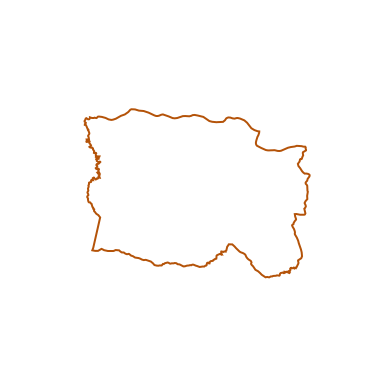 the district of Marara, Tete, Mozambique, rotated 314°
{"feature_id": "85939544B55684561557182", "entity_name": "Marara", "entity_type": "district", "adm_level": 2, "iso_a3": "MOZ", "parent_name": "Mozambique", "parent_adm1": "Tete", "projection": "equal_earth", "projection_center": [33.163, -16.054], "detail": "fine", "context": "isolated", "style": "outline", "palette": "amber", "viewbox_px": 384, "rotation_deg": 314, "n_neighbors": 0, "source": "geoboundaries", "source_scale": "gbopen_adm2", "svg_char_len": 6048}
<svg xmlns="http://www.w3.org/2000/svg" viewBox="0 0 384 384"><g transform="rotate(314 192 192)"><path d="M80.8,160.8L82.3,163.1L84.4,165.3L88.2,166.4L88.6,167.4L89.1,169.2L91.2,172.6L94.4,175.9L95.2,176.6L97.2,177.4L99.4,180.1L99.4,181.6L99.7,183.4L101.1,184.9L101.3,186.6L101.8,188.0L102.6,188.9L103.4,189.3L103.7,189.7L103.8,190.8L103.9,191.1L103.9,192.3L104.8,194.1L105.3,196.6L107.4,199.5L108.1,201.1L108.6,202.9L109.5,204.6L111.0,205.8L111.3,206.3L113.4,210.7L113.6,213.5L113.4,215.2L113.4,215.8L114.7,218.0L115.7,219.1L116.5,219.6L118.1,221.2L120.1,221.1L120.6,221.8L122.0,222.0L124.3,223.4L124.8,224.3L125.1,225.7L125.5,226.3L126.5,226.9L128.0,228.4L128.8,228.8L129.7,229.9L130.0,230.6L130.0,231.7L131.3,233.4L132.5,237.5L133.0,237.8L133.4,238.4L135.5,239.5L137.1,240.9L138.1,241.4L138.7,242.3L139.7,242.6L140.4,243.1L140.8,243.7L141.7,246.0L142.2,246.9L143.4,249.6L146.0,251.6L146.9,252.6L148.4,252.8L148.9,253.3L149.6,253.3L151.2,252.2L151.9,252.3L152.5,252.8L152.4,253.8L152.8,254.2L153.9,253.5L154.6,253.4L155.4,253.6L156.9,254.8L158.2,254.6L159.0,255.1L159.9,255.1L160.9,255.8L161.5,255.4L163.1,254.0L163.9,253.9L166.7,255.0L167.2,255.6L167.3,256.4L167.6,256.3L167.9,256.8L168.4,255.5L169.1,254.6L169.6,254.4L169.8,254.6L170.6,256.2L171.4,256.4L172.5,257.6L172.9,257.1L173.8,257.3L177.2,255.3L178.5,255.2L179.9,254.8L182.3,257.4L182.4,260.4L182.2,262.8L182.2,267.7L182.6,269.2L183.4,270.9L183.9,272.8L183.9,274.0L183.0,276.3L182.7,278.2L182.8,279.8L183.2,281.7L183.2,282.5L182.7,283.7L181.6,284.2L181.2,284.7L181.0,285.8L181.0,287.5L180.1,291.7L180.9,294.6L181.0,297.3L180.9,299.6L181.7,304.1L183.1,305.1L184.2,306.8L186.1,307.4L186.9,308.3L188.0,308.7L190.1,310.6L190.9,310.9L191.5,311.5L192.4,312.9L192.9,313.0L194.4,312.1L195.3,312.1L197.3,313.4L197.2,314.0L197.4,314.4L197.9,314.5L198.2,314.9L198.4,314.9L199.0,314.1L200.0,315.6L200.6,315.6L200.8,315.8L200.8,317.0L201.3,318.3L201.6,318.3L202.0,317.8L202.4,317.9L202.7,316.7L203.9,317.1L204.5,316.7L204.9,316.0L205.2,315.9L205.8,316.2L206.1,315.9L206.5,316.2L206.7,316.9L207.4,317.7L208.0,317.6L208.3,317.7L208.5,318.2L208.4,318.9L208.9,318.9L209.3,319.5L209.7,319.1L210.3,319.5L214.4,318.2L215.1,317.7L216.2,316.0L216.6,315.8L220.2,316.6L222.2,315.8L224.7,312.9L226.3,310.4L229.4,304.3L230.7,302.2L232.0,299.1L233.0,295.5L233.4,294.9L234.1,294.5L235.1,293.3L236.2,291.1L236.9,288.5L237.5,287.2L238.0,287.0L239.4,287.3L240.2,286.7L242.1,286.2L244.4,286.0L244.8,285.7L246.0,283.3L247.5,281.3L248.7,282.4L250.7,285.5L253.6,288.5L254.3,288.8L255.4,288.4L258.0,284.4L259.2,284.4L260.7,283.9L261.4,282.9L262.2,280.8L262.6,280.5L264.5,280.0L267.0,279.9L269.2,277.5L272.7,275.1L273.0,274.3L276.5,270.6L276.9,269.4L276.9,268.2L277.4,267.4L278.1,267.1L280.2,267.0L281.7,266.1L284.6,265.7L285.3,265.4L285.9,264.8L286.0,264.2L285.6,262.8L284.5,261.2L283.5,260.3L283.3,258.6L283.4,256.8L284.3,253.1L284.6,250.6L285.8,248.6L288.7,248.2L290.4,247.1L291.2,247.2L291.7,247.9L292.2,247.9L294.0,247.0L295.6,246.5L297.0,244.6L297.7,244.2L301.1,245.1L301.5,244.8L302.3,243.4L303.1,242.8L303.2,241.9L302.0,240.6L301.1,239.0L298.0,235.3L296.1,234.3L292.9,231.8L290.5,230.3L283.5,227.4L282.1,226.3L281.0,225.0L279.5,222.4L274.8,217.9L273.5,216.0L271.8,211.3L270.4,206.6L270.6,205.5L271.1,204.5L272.1,203.5L273.9,202.4L277.1,200.8L278.9,200.3L281.2,199.2L282.3,198.3L281.3,197.0L279.9,193.9L279.1,190.4L280.1,183.5L279.9,179.9L278.2,175.5L277.0,173.5L276.0,172.6L274.4,171.7L273.2,170.1L272.1,167.8L270.8,166.3L269.5,165.7L268.6,165.5L266.5,165.9L264.0,165.6L259.1,161.0L256.5,157.7L255.1,155.2L253.9,148.0L251.0,143.0L249.3,140.4L247.8,139.1L246.2,138.5L244.6,137.5L241.9,134.3L240.2,132.7L235.0,130.0L233.0,128.4L231.7,126.7L230.2,122.8L227.6,117.2L226.2,116.2L224.0,115.3L222.8,114.5L221.7,113.3L221.0,111.8L218.9,105.6L216.7,101.0L213.7,97.3L211.8,93.6L209.4,90.9L208.3,90.5L205.2,90.6L201.1,89.8L197.5,88.0L191.8,86.3L189.1,84.9L187.8,83.9L186.3,81.6L185.2,78.3L183.4,75.0L181.6,72.6L180.8,72.0L179.1,72.0L178.7,71.8L177.7,70.2L177.1,70.0L175.7,68.6L174.8,66.7L174.2,67.3L173.5,67.5L173.0,67.5L172.5,67.2L172.1,66.7L171.7,64.7L171.0,64.5L170.1,65.0L168.4,65.4L168.0,65.9L168.0,67.6L167.4,67.9L166.5,67.7L166.1,68.0L165.9,68.2L166.6,68.7L165.9,70.7L165.0,72.7L164.9,73.8L164.8,74.1L164.3,74.0L164.2,74.2L164.1,75.1L163.0,77.3L162.2,77.8L160.3,78.2L160.0,78.5L159.7,79.5L158.1,81.6L157.7,81.7L157.7,81.0L157.1,80.1L156.7,79.8L156.5,80.5L155.9,80.5L154.8,81.1L154.8,81.4L155.1,81.7L156.1,81.4L156.2,82.5L157.3,82.9L157.3,83.2L156.4,83.6L155.9,84.2L155.6,86.4L155.2,87.2L153.2,86.9L153.2,87.6L154.0,89.0L154.6,89.5L154.6,90.0L154.5,90.6L153.9,91.1L153.7,91.6L153.7,92.4L153.4,93.2L152.0,94.3L152.1,94.6L153.3,95.5L153.4,95.8L153.3,96.2L152.5,96.4L151.5,97.4L151.6,98.4L150.7,98.3L150.4,98.5L150.5,98.9L150.8,99.2L151.5,99.1L151.9,99.2L153.3,100.7L152.8,100.9L151.7,100.3L151.4,100.8L151.2,101.7L151.0,101.8L149.3,100.2L148.9,100.4L148.9,101.2L148.2,102.0L148.4,102.9L148.4,103.8L148.7,104.2L149.7,104.5L150.0,105.0L149.9,105.2L147.7,105.2L147.1,105.0L146.2,104.2L145.4,104.2L144.9,104.6L144.9,105.7L144.7,106.0L143.9,106.3L142.3,106.2L142.1,106.8L142.8,108.9L143.0,108.9L143.2,108.4L143.5,108.3L143.8,108.5L143.8,109.0L143.6,109.4L142.5,109.7L141.9,110.6L140.5,110.4L140.6,110.8L141.4,111.9L141.3,112.2L140.6,111.6L140.0,111.6L140.2,113.7L139.2,113.9L138.6,113.8L138.4,113.9L138.7,114.7L138.2,115.7L137.6,114.9L137.2,114.7L136.6,114.9L136.1,114.3L135.4,114.5L135.1,114.1L134.2,114.1L133.9,112.7L134.3,111.7L134.1,111.3L133.1,111.0L132.0,111.8L131.7,112.6L131.4,112.3L131.2,111.5L130.8,111.3L130.2,111.4L129.6,112.2L129.0,112.4L127.5,111.5L127.1,111.5L125.6,112.8L124.8,112.9L124.0,114.0L122.2,114.8L120.9,116.5L119.2,117.0L118.8,117.5L118.3,118.9L117.8,119.6L116.2,119.7L115.6,120.1L115.0,121.9L114.3,122.4L113.1,124.2L113.0,125.0L113.8,126.1L113.5,127.2L113.7,128.0L112.1,130.7L112.1,131.8L111.3,132.5L111.4,132.9L111.6,133.1L111.6,133.7L110.8,134.2L110.2,135.0L110.2,136.4L109.9,137.6L109.9,138.6L110.3,140.7L109.9,143.6L83.3,159.7L80.8,160.8Z" fill="none" stroke="#b45309" stroke-width="2"/></g></svg>